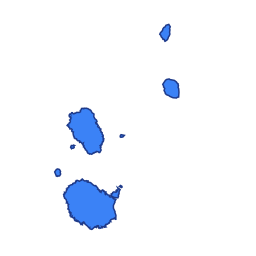 Santa Cruz, Galápagos, Ecuador, rotated 42°
{"feature_id": "8360857B73941749048341", "entity_name": "Santa Cruz", "entity_type": "district", "adm_level": 2, "iso_a3": "ECU", "parent_name": "Ecuador", "parent_adm1": "Galápagos", "projection": "albers", "projection_center": [-90.525, -0.066], "detail": "fine", "context": "isolated", "style": "filled", "palette": "blue", "viewbox_px": 256, "rotation_deg": 42, "n_neighbors": 0, "source": "geoboundaries", "source_scale": "gbopen_adm2", "svg_char_len": 6008}
<svg xmlns="http://www.w3.org/2000/svg" viewBox="0 0 256 256"><g transform="rotate(42 128 128)"><path d="M167.4,191.7L166.8,189.2L164.6,190.3L162.5,189.9L161.7,190.2L161.0,191.2L160.1,191.4L159.1,190.5L157.3,191.4L155.8,191.0L155.7,192.5L155.1,192.3L155.6,191.2L154.3,191.3L154.2,190.5L153.6,191.0L152.8,190.8L152.4,191.3L152.1,190.9L150.9,191.3L150.8,191.0L150.4,191.2L150.4,192.4L150.9,193.7L150.4,193.6L150.5,193.9L149.8,194.2L149.1,194.0L148.9,193.2L147.8,193.3L147.6,193.7L146.7,193.3L146.3,193.7L145.8,192.9L142.6,192.4L142.5,192.9L140.7,193.6L136.7,193.6L134.4,195.1L134.3,194.8L134.0,195.0L134.0,194.3L133.7,194.0L133.2,194.5L133.9,194.8L133.7,195.1L132.3,195.0L131.5,196.2L130.3,196.6L128.1,196.5L127.9,197.6L128.4,198.0L127.8,198.9L127.6,200.1L125.6,200.7L124.8,201.5L125.2,202.2L124.7,202.6L125.6,203.7L125.5,204.3L124.9,204.7L124.1,206.2L124.6,206.8L124.5,207.4L123.8,208.1L122.7,210.9L123.4,211.2L123.7,211.9L123.0,213.5L123.6,214.0L123.2,214.6L124.0,214.9L124.1,215.9L124.8,217.2L124.8,218.1L123.9,218.3L125.0,219.4L124.6,219.8L125.0,220.3L124.8,220.6L126.1,221.4L126.3,221.9L127.5,222.1L127.8,222.6L129.9,222.5L131.5,223.7L132.5,223.6L132.4,224.8L133.2,224.4L134.0,224.7L135.0,224.5L135.5,226.0L136.7,226.5L137.5,228.4L138.0,228.3L138.0,227.9L139.1,228.3L139.9,229.2L141.1,229.2L141.0,229.6L141.7,229.3L141.5,229.9L142.5,229.9L142.4,230.4L143.1,230.5L142.8,231.0L143.1,230.7L143.2,231.3L143.7,231.2L143.9,231.9L144.9,231.6L145.2,232.1L145.8,231.7L145.8,231.4L146.0,231.7L147.1,231.5L148.0,231.3L148.1,230.8L148.4,231.1L148.6,230.7L148.9,230.9L148.6,231.1L149.7,231.6L149.7,232.1L150.9,232.3L151.9,231.7L151.4,231.4L151.5,230.8L152.6,230.9L153.0,230.4L153.6,230.7L152.7,231.1L152.8,231.4L154.8,230.3L157.6,231.2L157.8,230.8L158.9,230.4L158.6,230.0L157.6,230.0L157.5,229.4L158.0,229.5L157.9,229.1L158.3,228.7L157.3,228.4L157.6,228.4L158.0,228.0L157.8,227.7L158.4,227.4L158.9,227.7L158.7,227.9L159.6,227.7L159.9,228.1L161.4,228.1L163.6,228.0L165.8,228.3L166.3,228.1L166.3,227.7L167.1,228.4L168.7,227.8L169.1,227.3L169.5,223.6L170.0,223.7L170.5,223.1L170.2,222.9L170.4,222.4L171.1,222.8L171.1,221.5L170.5,221.5L170.9,220.7L171.4,220.4L171.9,220.6L172.3,221.4L173.2,221.9L173.7,221.1L174.2,220.9L174.4,221.1L175.0,220.0L175.3,220.3L175.1,219.7L175.5,219.4L174.6,219.0L175.0,218.9L174.8,218.5L175.4,218.3L175.3,218.6L175.7,217.9L175.7,218.2L176.3,217.5L176.9,217.5L177.8,216.3L177.2,216.3L176.7,215.2L176.2,215.4L176.0,214.4L177.2,213.1L177.2,211.5L177.7,211.1L177.3,210.6L177.5,210.4L177.3,209.0L177.0,209.0L177.3,208.9L176.7,208.7L176.9,208.1L176.6,207.7L177.3,206.1L177.9,205.6L177.9,204.8L178.6,204.5L178.3,203.3L178.8,202.6L177.5,201.0L174.5,199.3L174.3,198.8L171.1,197.5L170.0,196.5L168.9,195.2L167.9,191.8L167.4,191.7ZM87.4,139.8L86.6,140.3L85.1,140.4L84.7,140.9L83.7,141.2L82.5,142.7L81.7,142.3L82.2,142.9L82.0,143.5L81.2,143.7L80.4,144.6L81.0,145.5L80.8,146.9L81.8,147.7L81.4,149.0L79.3,150.9L79.1,152.2L78.6,152.4L78.6,153.0L78.1,153.8L77.5,154.1L76.5,153.8L75.9,154.3L76.1,156.2L75.8,156.8L75.5,156.7L75.6,157.8L76.8,158.8L77.9,158.7L77.9,158.2L78.3,158.8L78.9,158.7L78.8,159.2L79.5,159.7L79.3,161.1L80.4,161.2L81.1,162.2L81.5,162.2L81.1,162.3L81.3,162.9L80.9,163.3L81.3,164.6L80.9,165.7L81.1,166.9L82.6,166.7L82.7,166.3L83.7,167.1L84.4,166.9L85.6,167.6L86.5,166.5L87.5,166.5L88.1,167.9L89.0,168.1L90.1,167.5L90.9,168.9L93.0,170.4L93.5,170.3L94.6,171.3L95.3,171.1L95.8,171.3L97.0,170.5L97.7,171.0L99.1,171.1L100.3,170.1L101.4,170.9L101.5,170.5L101.8,170.9L102.3,170.2L103.0,170.0L104.6,170.4L104.9,169.3L105.4,170.4L105.9,170.4L106.3,170.9L106.9,170.6L107.2,170.8L107.5,171.8L108.2,171.6L109.4,172.1L109.9,171.9L110.9,172.7L112.1,172.4L113.1,172.6L113.4,173.1L114.1,173.0L114.7,173.5L115.6,173.5L116.5,172.8L117.1,173.0L117.5,172.2L118.6,171.8L119.0,170.4L118.8,169.6L119.5,169.4L119.8,167.9L120.4,167.6L120.2,166.6L121.7,165.6L123.0,165.6L123.4,165.0L122.8,162.4L120.7,161.2L120.4,160.9L120.7,160.2L119.1,159.7L119.5,159.1L119.2,158.5L119.6,158.3L119.2,157.8L119.5,157.4L118.9,156.8L118.9,155.9L118.3,155.6L118.6,154.6L118.2,154.5L118.0,153.2L117.1,153.0L117.2,152.4L116.8,152.5L116.7,152.1L115.9,151.9L115.4,151.2L114.7,151.3L114.8,150.4L114.3,150.0L112.9,149.9L111.8,148.7L110.7,149.1L110.2,148.4L108.7,148.2L108.6,147.0L107.7,147.3L106.0,146.7L106.0,147.2L105.3,147.3L104.4,147.1L104.2,146.1L102.4,145.7L101.8,146.2L101.1,146.1L100.7,145.8L101.1,145.4L100.5,145.3L100.9,144.9L100.5,144.4L100.6,143.9L99.2,143.2L97.2,143.3L94.9,142.4L93.4,140.4L91.0,140.7L88.7,139.8L88.2,140.1L87.4,139.8ZM133.3,61.4L130.6,61.6L126.6,64.0L125.8,64.0L124.2,66.1L123.9,67.5L124.6,72.3L126.6,73.1L126.9,73.7L128.8,74.0L129.7,76.0L132.2,76.9L132.6,77.4L134.3,77.5L136.9,76.5L138.0,76.5L141.2,75.4L144.0,73.2L144.0,72.3L144.9,71.1L142.0,67.4L139.4,64.9L137.9,64.2L137.2,62.8L136.3,62.4L135.9,61.7L133.7,61.7L133.3,61.4ZM91.7,24.5L89.0,23.7L87.5,26.2L87.9,28.2L87.4,29.3L87.6,31.0L88.4,32.5L88.4,35.7L88.9,37.1L90.4,37.2L91.6,38.0L93.3,38.1L94.6,38.7L95.1,38.1L96.0,38.0L96.8,38.7L97.5,38.8L98.1,36.7L98.0,35.2L97.1,33.2L97.0,32.0L96.3,30.2L94.8,29.0L93.5,27.0L92.3,26.3L91.7,24.5ZM163.3,179.0L160.3,179.3L161.2,179.7L161.7,180.4L161.8,181.4L160.9,181.8L161.0,182.5L161.3,182.7L162.1,182.3L162.3,183.1L162.0,183.8L160.2,185.0L159.8,186.2L160.3,187.2L160.0,188.1L159.7,188.1L159.6,188.4L160.4,188.9L160.4,189.6L163.8,189.1L167.2,186.7L166.6,185.0L165.7,184.4L165.4,182.9L164.0,181.3L163.3,179.0ZM104.8,204.7L103.1,205.5L102.5,206.7L102.9,209.7L107.0,211.7L107.3,211.0L108.1,211.0L108.6,209.8L109.2,209.4L108.9,207.6L108.4,207.0L107.4,206.5L106.9,205.4L104.8,204.7ZM99.7,177.4L99.9,176.8L98.9,177.2L98.8,178.0L97.6,178.9L98.2,180.7L99.8,181.2L99.8,180.5L100.7,180.0L101.1,178.6L99.7,177.4ZM128.9,139.7L130.2,138.1L130.2,135.9L127.3,137.6L127.3,138.6L128.1,139.8L128.9,139.7ZM162.4,175.4L160.9,175.7L160.7,177.2L163.0,176.6L163.1,175.8L162.4,175.4ZM180.3,204.3L178.8,203.9L179.4,204.2L180.3,204.3ZM180.5,203.6L179.3,203.7L180.2,203.8L180.5,203.6Z" fill="#3b82f6" stroke="#1e3a8a" stroke-width="1.5"/></g></svg>